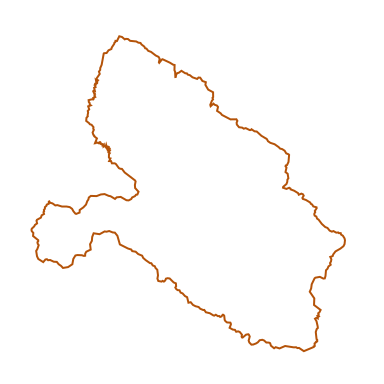 the district of Mae Mo, Lampang, Thailand, rotated 275°
{"feature_id": "78962969B1681063104850", "entity_name": "Mae Mo", "entity_type": "district", "adm_level": 2, "iso_a3": "THA", "parent_name": "Thailand", "parent_adm1": "Lampang", "projection": "albers", "projection_center": [99.839, 18.409], "detail": "fine", "context": "isolated", "style": "outline", "palette": "amber", "viewbox_px": 384, "rotation_deg": 275, "n_neighbors": 0, "source": "geoboundaries", "source_scale": "gbopen_adm2", "svg_char_len": 5905}
<svg xmlns="http://www.w3.org/2000/svg" viewBox="0 0 384 384"><g transform="rotate(275 192 192)"><path d="M109.2,49.9L112.0,51.9L112.4,53.3L111.5,54.6L111.9,56.6L110.5,60.4L110.6,63.4L108.4,65.5L107.0,68.0L105.1,70.1L106.4,75.1L109.6,79.1L115.0,79.6L118.6,81.4L119.2,83.3L119.4,87.8L118.9,89.9L119.2,91.1L121.3,91.0L123.3,91.9L125.8,96.1L131.1,95.0L134.6,96.5L138.5,96.5L142.3,97.6L141.9,103.6L145.1,108.4L145.0,110.3L145.9,112.9L144.8,116.6L144.8,118.7L141.9,121.5L133.5,124.7L130.1,133.2L129.4,136.5L127.9,137.6L127.6,141.1L125.5,143.8L124.2,147.9L122.1,149.1L120.1,151.8L117.5,156.3L117.5,157.7L115.4,159.3L114.8,161.4L113.1,162.3L111.5,164.2L106.0,165.4L102.7,165.1L100.4,166.2L100.1,169.5L100.9,170.5L100.3,171.8L101.5,173.0L103.4,173.6L104.0,175.2L103.9,177.3L100.3,181.6L99.6,183.9L96.7,184.4L95.4,183.7L94.0,184.7L93.0,186.2L93.0,188.1L90.8,189.4L90.2,191.4L87.7,194.1L86.8,196.3L81.4,198.1L82.1,200.3L79.6,202.8L78.5,205.5L78.0,208.6L76.4,210.4L75.4,213.5L75.6,214.5L73.4,216.3L72.8,220.3L70.9,224.1L70.8,225.0L71.8,226.4L70.6,228.6L70.8,230.0L70.0,230.9L70.6,232.2L72.4,233.3L72.4,234.0L71.5,234.9L67.4,235.7L66.2,236.6L65.1,238.3L65.2,241.6L64.4,242.1L63.4,242.3L60.0,241.3L58.5,244.6L58.4,246.8L56.6,248.2L57.2,250.1L56.7,251.8L54.2,254.2L52.3,254.0L51.5,254.4L51.4,255.1L54.6,258.3L55.2,260.5L54.9,261.0L53.1,262.1L48.9,261.4L47.1,262.2L45.1,264.5L45.4,266.3L46.7,269.0L48.0,270.7L50.2,272.3L50.9,274.9L50.4,276.7L48.5,279.2L48.7,281.7L48.2,283.0L45.8,284.0L43.5,287.4L44.7,288.9L43.8,292.8L46.7,298.2L46.1,306.9L46.4,309.3L45.7,310.6L46.0,312.2L43.2,317.3L48.2,326.8L48.8,326.7L49.3,327.7L51.8,327.3L53.7,329.3L53.9,328.9L54.8,329.7L55.7,329.6L56.3,328.9L63.3,327.5L66.4,328.2L67.5,329.2L69.1,328.9L74.1,327.3L76.5,325.6L77.7,327.2L77.1,328.3L78.2,328.2L79.1,329.2L79.8,327.9L80.7,328.9L82.2,328.3L83.2,329.4L85.7,330.4L90.1,323.4L96.7,323.1L102.9,318.0L106.3,319.1L110.5,319.3L116.6,321.6L117.4,322.4L118.6,326.8L117.2,330.4L117.5,331.8L120.0,332.3L125.7,332.3L127.4,333.7L129.7,334.4L131.6,336.5L133.2,335.7L134.9,336.5L137.1,336.7L139.4,335.4L140.4,337.7L142.1,338.1L145.3,340.1L148.5,344.7L151.2,347.6L153.4,348.5L157.2,348.6L159.1,348.0L161.6,346.1L162.6,344.2L164.0,343.7L163.8,341.9L164.4,341.3L164.1,339.2L165.4,336.3L164.7,334.8L165.5,332.5L168.0,330.1L168.7,327.8L171.5,324.1L175.5,320.5L176.4,318.9L178.4,318.0L179.1,316.3L180.1,315.8L181.2,315.8L182.7,316.5L183.8,316.0L186.7,317.6L187.6,317.4L188.2,314.1L190.0,312.8L190.6,311.4L191.8,310.7L194.0,306.2L194.8,303.0L195.7,302.5L198.1,303.6L199.4,302.7L199.9,301.1L198.6,298.6L200.1,297.8L202.2,293.6L203.2,290.0L204.0,289.8L204.7,288.5L203.3,285.8L204.2,282.3L205.1,282.4L208.2,285.4L210.3,286.0L212.7,286.0L214.0,286.8L218.5,285.7L220.0,283.4L224.5,284.0L225.8,282.9L226.6,283.1L227.1,284.3L230.3,285.5L237.4,285.5L238.0,284.9L238.7,282.5L241.2,280.7L242.6,278.1L242.9,276.0L244.3,274.4L246.8,270.1L247.8,265.8L249.2,263.3L251.3,261.9L254.0,256.3L257.9,251.2L257.9,249.0L259.7,245.8L258.8,245.1L258.7,244.1L260.3,240.0L259.6,238.0L260.5,236.4L260.6,233.2L263.1,230.8L264.9,230.4L266.8,231.0L268.3,229.9L267.7,224.0L271.4,215.1L272.9,213.7L275.0,209.9L279.0,210.5L280.3,209.3L280.9,206.9L281.9,205.7L279.1,203.1L280.4,202.6L284.7,203.9L286.1,204.9L287.5,204.2L288.4,204.8L293.2,204.3L295.4,199.2L299.9,196.0L302.6,196.2L303.5,192.7L306.6,190.2L306.6,188.5L305.1,187.3L306.3,182.5L308.2,179.7L308.6,177.5L309.7,176.6L309.7,174.9L311.8,170.9L309.6,168.4L309.1,166.9L307.4,166.0L305.2,165.8L305.1,165.4L310.3,164.7L311.8,163.9L317.0,163.6L317.2,162.1L318.9,158.7L321.7,151.1L321.4,150.5L317.8,148.1L318.3,147.7L321.8,148.2L323.7,146.9L324.8,144.0L328.0,139.0L328.8,136.1L330.9,134.1L331.1,132.8L332.7,131.8L334.6,128.8L336.0,127.7L336.1,125.5L337.1,123.4L337.2,117.2L338.8,114.9L338.8,112.8L338.2,111.7L340.3,108.8L340.8,106.0L335.9,104.1L335.9,102.6L334.6,102.5L334.0,101.7L332.8,101.6L329.0,99.5L327.4,99.2L325.9,96.5L323.0,94.8L322.6,92.3L322.2,92.0L310.8,90.9L307.5,89.8L305.6,89.9L303.8,88.8L301.6,89.8L296.9,87.1L295.7,87.3L295.1,88.6L294.3,88.0L293.2,88.0L294.5,86.7L292.1,87.3L291.5,86.1L290.4,85.8L290.4,86.7L289.0,86.3L288.1,86.8L287.3,85.4L284.3,86.4L284.5,85.4L283.8,84.8L281.8,85.9L281.7,86.6L280.6,86.4L280.2,86.9L279.2,86.4L278.2,87.3L277.1,85.4L276.2,85.9L275.6,85.6L275.6,84.1L274.5,81.0L272.6,81.4L271.7,82.3L270.2,82.5L269.5,83.6L268.3,81.1L265.4,82.4L263.6,81.1L262.1,81.6L259.3,81.3L258.4,81.6L256.7,80.4L253.6,80.4L251.6,83.5L250.6,84.3L250.2,86.1L248.0,88.2L246.4,88.1L245.4,88.8L242.6,87.8L240.4,88.7L239.7,89.7L239.0,89.7L237.1,92.6L232.1,91.1L232.3,91.9L233.2,92.3L232.4,94.9L233.5,95.4L233.7,96.1L233.3,96.6L232.4,96.3L231.8,97.1L231.9,98.3L230.7,98.7L231.7,99.9L229.6,100.0L230.4,100.9L229.3,102.0L231.3,102.4L229.0,103.2L230.0,103.6L229.7,105.1L228.3,105.1L228.3,106.0L227.8,106.4L226.6,105.7L228.1,104.7L228.0,104.2L225.9,104.5L225.5,105.0L225.7,106.3L224.1,105.4L223.5,106.7L222.3,106.0L219.3,106.2L218.4,106.9L218.3,107.8L215.6,106.8L215.7,108.7L213.6,109.7L213.8,112.6L213.2,113.8L209.4,117.1L208.9,118.6L208.9,120.2L205.6,123.2L198.6,134.2L197.6,134.9L194.0,134.5L191.0,135.0L187.6,138.7L184.7,137.8L184.4,136.5L182.9,135.5L181.3,132.8L179.7,132.1L178.1,129.6L178.1,127.4L180.9,121.4L180.1,117.4L178.4,115.9L180.7,111.2L180.9,109.3L182.3,105.1L181.6,101.4L179.6,97.3L179.3,91.6L177.5,89.7L175.4,89.4L173.9,88.5L170.2,87.5L167.2,85.1L164.3,81.7L161.7,81.8L160.1,78.5L160.3,77.7L162.4,75.6L164.8,74.0L166.3,71.5L166.6,68.1L166.2,63.7L167.2,59.0L166.7,57.0L168.5,54.0L168.9,51.6L170.2,50.6L169.9,50.2L167.8,50.3L166.8,48.4L165.6,48.2L164.1,46.8L162.5,46.9L161.2,46.0L159.9,46.4L159.0,45.8L157.2,46.5L155.7,44.3L153.3,43.7L150.8,40.0L149.8,39.6L147.2,40.4L145.5,38.4L144.0,37.8L141.5,35.6L140.2,35.4L139.0,35.8L137.4,37.5L134.3,37.5L130.6,43.0L129.6,43.1L128.5,42.4L127.0,42.8L125.7,43.9L121.7,42.9L119.7,41.9L114.5,43.2L111.9,44.7L109.2,49.9Z" fill="none" stroke="#b45309" stroke-width="2"/></g></svg>